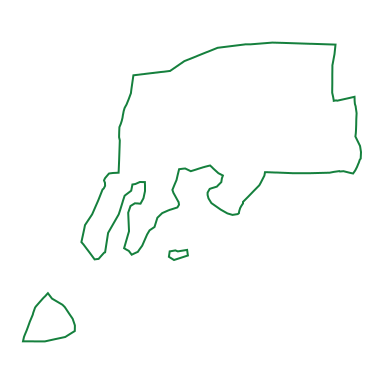 Al Qanawis, Al Hudaydah, Yemen
{"feature_id": "15242507B48405542462206", "entity_name": "Al Qanawis", "entity_type": "district", "adm_level": 2, "iso_a3": "YEM", "parent_name": "Yemen", "parent_adm1": "Al Hudaydah", "projection": "orthographic", "projection_center": [43.073, 15.421], "detail": "fine", "context": "isolated", "style": "outline", "palette": "green", "viewbox_px": 384, "rotation_deg": 0, "n_neighbors": 0, "source": "geoboundaries", "source_scale": "gbopen_adm2", "svg_char_len": 3761}
<svg xmlns="http://www.w3.org/2000/svg" viewBox="0 0 384 384"><path d="M335.5,44.6L311.5,43.8L310.3,43.8L283.3,42.9L272.3,42.6L250.9,44.3L247.5,44.3L245.5,44.3L244.3,44.5L217.6,47.8L207.7,51.8L206.8,52.1L197.6,55.8L196.0,56.5L184.4,61.1L171.3,70.1L170.0,71.0L169.5,71.0L167.2,71.3L166.4,71.4L164.1,71.7L160.9,72.0L133.4,75.3L131.4,89.2L130.9,93.3L130.8,93.5L128.5,99.7L128.2,100.4L126.5,104.6L125.8,105.8L124.6,108.0L123.9,110.4L123.7,111.0L123.2,113.7L122.9,115.1L122.5,117.8L121.9,120.2L121.8,120.7L120.8,123.8L119.4,127.2L119.4,127.5L119.2,132.0L119.1,136.2L119.1,137.3L119.8,140.4L119.1,160.9L118.6,172.7L115.1,172.9L114.7,172.9L112.8,173.0L109.7,173.4L108.9,173.6L105.1,178.1L104.5,179.3L104.0,180.4L105.0,182.9L105.0,183.8L105.1,185.8L104.0,188.0L103.7,188.5L103.2,189.0L102.6,189.4L98.4,200.0L97.5,202.1L95.6,206.4L93.7,210.8L92.6,213.3L92.1,214.4L85.0,225.1L84.2,229.1L81.4,242.1L83.5,244.5L86.5,248.5L87.0,249.2L87.2,249.4L90.2,253.4L94.6,259.4L95.3,259.3L96.0,259.2L98.6,258.9L100.6,256.6L104.1,252.7L104.8,252.4L105.1,252.3L108.1,232.9L118.7,214.4L120.0,210.5L122.6,202.1L122.9,201.0L124.6,195.8L125.4,195.1L129.9,191.7L131.2,190.7L131.5,189.2L132.0,186.7L132.1,186.2L132.3,185.2L132.4,184.5L135.4,184.0L139.9,182.0L144.9,182.1L144.9,183.7L145.0,185.1L145.0,190.9L145.0,191.1L143.5,198.1L143.4,198.4L140.5,203.7L140.4,203.7L137.0,203.4L136.6,203.4L134.9,203.3L130.5,206.0L128.2,212.7L129.0,230.9L129.0,231.3L127.8,235.4L124.1,248.2L126.2,249.5L128.8,250.9L131.7,254.7L135.9,252.7L136.8,252.3L137.8,251.9L138.2,251.3L139.5,249.4L142.2,245.7L147.1,234.5L148.1,232.8L149.6,230.3L154.5,227.0L155.9,222.5L157.4,217.7L158.8,216.4L159.6,215.6L162.2,213.1L168.1,210.5L169.4,210.0L169.8,209.8L170.3,209.7L176.6,207.7L177.4,207.4L178.5,205.6L179.0,204.7L178.6,202.1L178.1,201.3L174.2,194.2L173.5,193.0L172.4,189.9L174.6,184.5L176.4,180.3L176.5,180.1L177.7,174.9L179.1,169.2L183.0,168.7L185.2,168.5L190.8,171.2L191.7,170.9L192.7,170.6L195.9,169.6L198.9,168.6L199.6,168.4L200.2,168.2L202.2,167.6L203.4,167.2L204.0,167.1L204.9,166.8L208.0,166.0L210.1,165.5L212.5,167.7L212.8,168.1L218.4,173.2L222.9,175.5L222.6,176.4L221.9,178.3L221.3,182.1L220.1,183.3L218.0,185.4L216.9,186.6L214.7,187.3L211.7,188.2L209.7,188.9L208.0,191.9L207.6,192.6L207.6,195.0L208.5,198.4L211.4,203.1L220.7,209.6L227.4,213.4L232.5,214.9L237.7,214.1L238.9,213.2L239.0,212.3L239.2,211.3L239.3,210.8L240.2,208.0L241.4,205.8L241.9,205.1L242.2,204.6L242.9,203.6L243.0,203.5L243.0,201.9L244.3,200.6L248.2,196.7L253.4,191.3L259.3,185.3L260.5,183.2L264.4,175.6L265.0,172.2L267.1,172.2L274.5,172.5L275.9,172.5L285.7,172.9L292.9,173.2L309.8,173.2L329.7,172.7L333.7,171.9L339.4,171.1L339.9,171.5L343.5,171.2L350.7,173.0L353.1,173.5L355.2,170.5L357.0,167.0L358.2,164.0L358.8,162.7L359.8,159.7L360.7,158.6L361.0,152.1L360.2,146.9L360.0,145.9L355.4,136.5L355.8,133.3L356.0,130.1L356.2,124.8L356.3,119.1L356.6,113.2L355.7,106.9L355.7,106.5L354.9,103.9L354.7,101.7L354.6,100.3L354.6,98.8L354.5,96.8L348.0,98.3L337.2,100.7L336.1,100.4L333.8,100.8L333.8,100.7L333.1,96.8L332.2,92.8L332.2,90.9L332.3,83.6L332.3,75.0L332.4,67.1L332.4,65.2L332.6,64.3L333.0,62.2L334.5,54.1L335.5,44.6ZM23.0,341.3L24.7,341.3L31.7,341.3L34.7,341.4L44.9,341.4L54.9,339.2L65.2,337.0L69.8,334.1L74.8,331.0L74.9,325.6L74.6,324.5L73.2,320.4L73.0,319.8L72.7,318.9L72.4,318.4L70.0,314.9L64.8,307.1L62.5,304.8L62.2,304.6L52.0,298.6L47.9,293.2L46.6,294.6L45.3,296.1L43.6,297.7L42.7,298.7L42.5,298.9L41.2,300.4L39.5,302.3L36.1,306.2L35.7,306.7L35.1,307.6L34.9,308.1L33.2,312.9L32.8,314.6L30.5,320.1L29.9,321.5L28.0,326.8L26.7,330.3L24.9,334.6L24.0,336.9L23.0,341.3ZM187.1,249.9L177.8,251.4L175.4,250.4L169.8,251.4L169.7,251.4L168.9,256.8L174.0,260.0L187.9,255.5L187.4,252.0L187.1,249.9Z" fill="none" stroke="#15803d" stroke-width="2"/></svg>